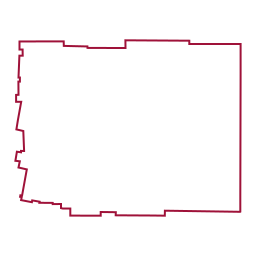 the district of Moreno, Santiago del Estero, Argentina
{"feature_id": "61730980B85651312060638", "entity_name": "Moreno", "entity_type": "district", "adm_level": 2, "iso_a3": "ARG", "parent_name": "Argentina", "parent_adm1": "Santiago del Estero", "projection": "robinson", "projection_center": [-62.704, -27.304], "detail": "fine", "context": "isolated", "style": "outline", "palette": "rose", "viewbox_px": 256, "rotation_deg": 0, "n_neighbors": 0, "source": "geoboundaries", "source_scale": "gbopen_adm2", "svg_char_len": 1001}
<svg xmlns="http://www.w3.org/2000/svg" viewBox="0 0 256 256"><path d="M19.5,41.5L19.5,49.5L22.6,49.5L22.7,55.7L19.4,55.7L18.5,77.5L19.9,77.5L19.9,81.6L18.4,81.6L18.5,94.8L16.1,94.9L16.1,101.8L21.2,101.8L17.9,120.1L16.4,129.4L23.3,131.0L24.1,150.9L24.1,151.0L21.0,150.9L21.0,152.3L16.9,151.7L15.4,160.8L19.8,161.3L18.5,167.5L26.8,169.4L22.1,195.4L22.0,195.6L20.4,195.3L20.1,196.8L21.7,197.1L21.1,200.1L31.9,202.2L32.2,200.4L39.6,201.7L39.4,202.8L52.7,202.9L52.7,204.1L61.0,204.0L61.0,208.1L62.6,208.5L70.3,208.5L70.3,215.6L100.7,215.7L100.7,212.0L115.8,212.2L115.7,215.3L149.8,215.5L160.0,215.6L164.8,215.7L164.9,210.7L239.6,211.8L240.1,211.8L240.3,211.7L240.3,210.5L240.3,207.2L240.3,198.0L240.6,74.4L240.6,69.4L240.6,64.8L240.6,44.0L240.3,44.0L240.0,44.0L234.2,44.0L230.2,44.0L189.3,44.0L189.3,40.7L125.4,40.3L125.5,47.9L125.5,48.0L125.4,48.0L115.6,48.0L87.5,47.9L87.4,46.4L85.1,46.4L63.8,45.9L63.7,41.4L54.1,41.4L44.4,41.4L19.5,41.5L19.5,41.5Z" fill="none" stroke="#9f1239" stroke-width="2"/></svg>